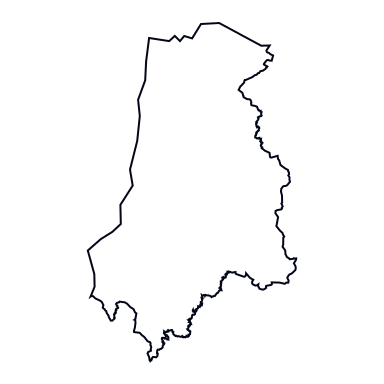 outline of Ahafo Ano South East, Ashanti, Ghana
{"feature_id": "2480657B91945870955547", "entity_name": "Ahafo Ano South East", "entity_type": "district", "adm_level": 2, "iso_a3": "GHA", "parent_name": "Ghana", "parent_adm1": "Ashanti", "projection": "mercator", "projection_center": [-1.89, 6.904], "detail": "fine", "context": "isolated", "style": "outline", "palette": "ink", "viewbox_px": 384, "rotation_deg": 0, "n_neighbors": 0, "source": "geoboundaries", "source_scale": "gbopen_adm2", "svg_char_len": 6067}
<svg xmlns="http://www.w3.org/2000/svg" viewBox="0 0 384 384"><path d="M149.1,38.0L146.1,61.5L145.2,80.3L138.1,99.8L139.8,116.0L137.2,141.0L130.0,169.6L132.7,185.6L120.4,204.8L120.8,224.0L112.3,231.9L100.8,239.1L87.8,250.5L94.3,274.0L94.6,286.7L90.6,296.6L91.8,295.8L92.9,296.1L95.5,298.5L99.8,300.5L101.7,301.8L103.4,305.1L102.8,307.6L103.4,308.5L104.6,309.2L105.3,310.5L106.2,311.0L106.7,313.0L108.7,315.9L108.7,316.9L110.8,320.6L112.4,320.6L114.6,318.5L114.2,317.7L114.6,317.4L114.0,314.7L114.5,313.5L115.4,313.6L115.6,313.2L115.2,313.0L115.2,312.5L115.8,312.1L115.6,311.2L116.2,310.5L115.7,309.9L116.0,309.1L118.0,308.1L118.1,307.7L117.4,307.4L117.5,306.0L116.7,305.7L116.5,304.2L116.1,303.9L116.7,303.0L119.2,302.2L119.6,301.6L125.0,302.4L127.3,303.9L130.2,307.0L133.6,309.2L135.0,312.4L136.4,313.4L135.4,318.9L134.5,319.7L135.2,319.9L135.5,322.8L134.9,327.4L133.9,331.2L134.1,332.1L139.7,332.8L141.8,335.1L144.3,337.0L147.3,340.9L148.5,341.7L150.0,342.1L150.6,343.4L150.4,344.3L150.6,345.6L151.1,346.3L151.2,347.6L150.7,349.0L151.0,350.7L148.2,352.0L147.5,353.5L149.2,357.2L149.6,360.2L150.1,361.0L150.5,360.4L151.2,360.4L151.2,359.6L151.8,359.4L151.8,358.5L153.0,356.9L156.0,357.3L157.3,356.2L157.8,353.8L157.5,353.2L157.0,353.2L157.2,350.5L157.8,349.6L159.2,349.8L160.2,348.9L161.1,348.9L162.7,347.4L162.7,345.9L163.0,345.1L163.8,344.7L164.3,343.5L163.3,343.1L163.7,342.3L163.5,342.0L163.0,342.4L162.4,342.1L162.4,341.3L162.9,340.9L161.8,338.9L162.1,337.9L164.5,337.8L164.9,338.6L165.7,338.2L167.2,339.5L168.1,339.5L167.7,338.9L168.5,338.1L168.1,336.6L166.0,336.1L166.0,335.8L166.7,335.8L166.8,335.4L166.2,335.4L165.9,334.9L165.0,334.8L163.8,333.0L164.0,332.3L164.4,332.8L165.1,332.6L164.7,331.6L165.5,332.1L166.8,332.0L167.1,331.5L168.0,331.5L167.6,330.5L167.8,330.2L168.1,330.1L168.6,330.9L171.5,330.0L172.1,330.1L172.1,330.9L173.2,331.8L172.8,332.3L173.2,332.6L173.3,334.1L175.5,336.0L176.1,335.7L177.5,336.5L178.4,336.1L180.4,336.8L181.3,336.7L182.2,336.0L182.5,336.5L182.0,336.7L182.5,337.1L183.3,336.8L183.8,337.3L184.4,337.0L186.1,337.6L185.6,337.1L185.7,336.7L187.3,336.8L187.1,336.1L187.8,336.4L188.1,335.6L188.4,336.2L188.8,336.1L189.0,335.7L188.7,335.1L190.0,334.2L190.3,331.4L189.4,331.2L189.5,330.7L187.6,329.8L187.3,329.3L188.1,329.2L188.1,328.1L188.8,327.0L188.2,326.5L188.2,326.0L189.9,325.5L189.6,324.7L191.0,324.2L190.5,323.6L190.8,323.3L190.3,322.3L189.4,322.1L190.1,321.6L189.8,320.7L188.9,320.6L188.4,320.1L189.0,320.0L189.0,319.2L189.7,318.8L189.8,319.1L190.6,319.1L191.7,318.2L192.2,315.2L192.7,314.7L194.0,314.8L194.1,314.5L194.9,314.2L195.3,312.4L194.8,311.8L193.4,311.8L192.7,310.7L193.1,309.8L193.2,310.2L194.2,310.5L194.3,311.1L195.2,311.3L195.2,311.6L196.2,311.3L196.6,310.5L196.1,309.7L196.5,309.5L196.3,309.1L197.9,308.4L198.1,306.3L199.4,306.9L199.4,306.6L199.9,306.8L200.4,306.4L200.2,304.7L200.4,304.4L201.1,304.5L201.2,305.1L201.9,305.2L202.2,303.5L200.3,303.1L200.8,303.0L200.7,302.1L201.7,301.6L202.1,300.0L201.6,297.9L202.6,298.1L202.0,295.3L202.6,295.8L203.8,295.0L204.9,295.3L205.0,295.7L205.4,294.9L206.8,295.4L208.5,295.4L210.2,295.9L211.5,297.1L212.2,296.4L213.1,296.5L214.5,295.7L214.9,295.9L216.9,293.1L218.1,292.7L218.8,291.1L219.7,290.2L221.5,290.3L220.9,288.2L220.6,288.4L219.5,287.9L220.8,286.3L221.1,285.3L220.7,284.6L221.2,283.9L220.9,283.4L221.2,282.9L220.8,282.7L220.8,281.3L221.4,281.3L222.4,280.2L222.5,279.1L222.9,279.1L222.4,277.8L222.9,277.8L223.3,276.9L224.0,277.2L224.2,278.0L225.7,277.4L226.0,276.1L225.3,274.5L225.9,273.8L227.0,274.2L227.3,272.0L228.5,272.6L228.6,271.5L232.3,272.6L235.5,272.0L235.7,273.7L236.1,274.0L243.5,276.6L244.7,276.7L246.0,275.1L246.1,273.3L250.0,277.9L253.3,279.8L252.1,281.6L252.2,283.5L252.8,284.3L255.6,285.6L257.4,285.1L258.3,284.4L258.1,286.1L259.4,288.6L261.1,289.3L263.2,289.6L264.8,288.9L266.1,287.9L266.0,286.1L266.4,285.8L271.2,284.9L271.9,284.2L271.7,282.4L279.7,282.6L284.8,283.8L286.3,282.7L288.3,282.6L288.6,280.4L287.3,278.0L287.4,277.4L288.7,275.3L289.5,274.5L292.0,273.3L295.1,270.3L295.7,269.1L295.6,266.5L293.9,263.3L296.1,259.6L296.2,258.4L294.8,258.6L293.9,258.2L292.9,258.9L289.7,259.2L288.9,258.2L287.1,257.2L286.6,256.4L285.5,254.2L285.2,250.4L282.6,246.8L283.2,244.5L283.3,237.7L284.2,236.6L282.8,234.3L282.5,232.9L280.3,231.0L276.4,226.2L278.1,217.1L275.4,213.2L275.6,210.9L277.3,210.1L281.2,209.4L282.0,208.6L281.8,207.8L282.7,206.4L281.4,203.5L282.1,202.7L282.1,200.1L282.0,195.6L281.0,191.6L281.3,188.7L283.3,186.2L285.7,185.9L287.1,185.3L290.0,181.7L289.5,180.1L289.5,177.2L288.3,175.4L289.1,174.2L288.8,172.0L288.2,171.5L288.0,170.0L285.1,168.4L280.5,165.0L279.1,160.2L278.1,159.1L277.6,155.8L271.8,157.5L270.7,157.5L270.1,157.1L269.5,152.8L264.9,150.7L261.7,148.1L262.2,147.3L261.1,146.5L260.8,145.2L261.4,143.8L261.7,144.1L262.5,142.9L261.9,142.2L261.0,142.3L260.2,141.2L261.1,140.2L260.9,139.1L260.5,139.0L260.7,138.7L259.2,138.7L259.2,138.2L258.9,138.4L258.6,138.0L257.0,138.5L256.3,137.8L255.2,137.5L255.3,135.7L256.0,135.2L256.0,134.2L256.6,133.6L256.2,133.0L256.6,132.7L256.7,132.0L257.1,132.1L257.8,131.0L258.4,130.9L258.9,130.4L258.6,129.8L259.3,128.0L258.9,127.2L258.5,127.3L257.9,126.5L257.0,127.3L256.6,126.6L256.1,124.1L256.5,123.7L256.2,123.3L256.9,122.5L256.3,121.9L258.3,119.6L258.6,118.1L258.2,118.2L257.9,117.3L259.8,116.3L261.2,116.1L261.6,115.6L261.1,114.4L261.5,112.2L260.9,112.2L260.5,111.7L260.6,111.0L260.2,111.1L259.1,110.2L258.7,110.4L258.1,109.7L257.0,106.7L254.9,105.9L252.1,105.4L251.3,104.9L251.0,103.6L251.4,102.6L250.6,100.0L249.8,99.4L246.7,99.0L245.1,97.9L244.2,97.6L243.5,96.9L243.5,95.9L243.1,95.6L242.6,93.3L242.1,92.6L238.6,89.9L240.2,86.7L244.2,82.5L244.3,81.0L244.8,80.0L245.7,80.0L252.5,77.0L254.8,75.2L256.7,74.7L257.9,73.2L259.1,73.0L260.4,71.2L262.8,70.7L265.4,69.0L266.1,67.7L266.6,67.6L267.4,66.6L263.9,64.5L264.0,63.7L266.6,60.4L268.0,59.9L269.4,60.5L271.7,60.7L273.1,55.5L270.2,54.1L269.0,52.9L267.5,52.5L266.8,51.9L266.4,50.5L269.7,45.5L261.2,45.7L219.1,23.0L201.0,24.0L192.1,38.4L184.2,36.0L180.0,41.1L174.8,35.9L169.2,41.1L149.1,38.0Z" fill="none" stroke="#020617" stroke-width="2"/></svg>